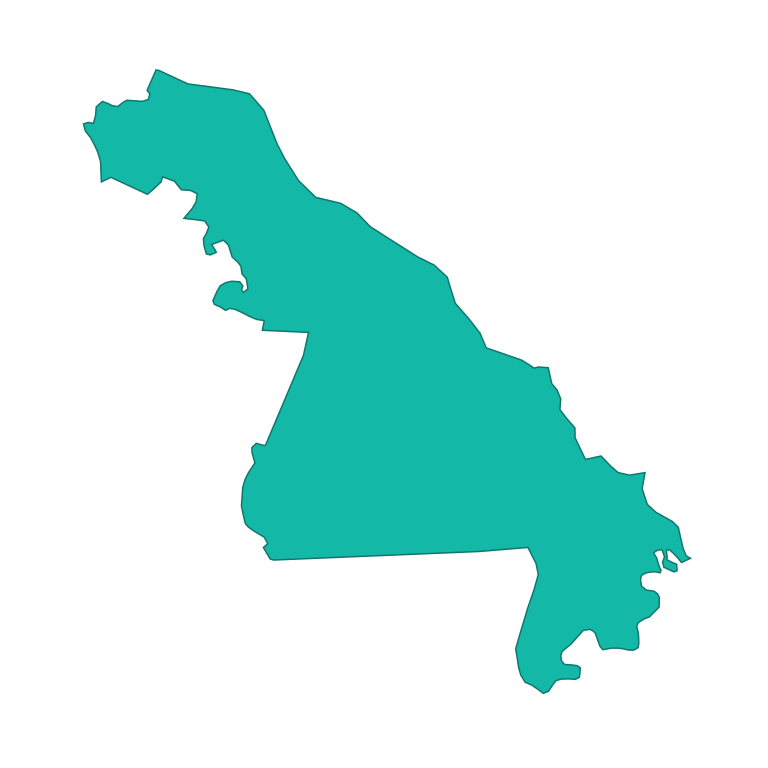 outline of Bandar Baharu, Kedah, Malaysia, rotated 274°
{"feature_id": "92858781B61544181659283", "entity_name": "Bandar Baharu", "entity_type": "district", "adm_level": 2, "iso_a3": "MYS", "parent_name": "Malaysia", "parent_adm1": "Kedah", "projection": "mercator", "projection_center": [100.601, 5.207], "detail": "fine", "context": "isolated", "style": "filled", "palette": "teal", "viewbox_px": 768, "rotation_deg": 274, "n_neighbors": 0, "source": "geoboundaries", "source_scale": "gbopen_adm2", "svg_char_len": 3004}
<svg xmlns="http://www.w3.org/2000/svg" viewBox="0 0 768 768"><g transform="rotate(274 384 384)"><path d="M681.5,134.7L662.4,127.9L660.1,127.3L657.2,130.2L651.4,129.0L649.1,123.2L649.1,107.6L646.8,104.2L642.2,99.0L642.8,93.2L644.5,89.2L646.2,83.4L640.4,77.6L631.8,77.6L623.7,75.9L624.3,70.7L622.5,66.1L615.6,68.4L609.3,74.1L601.8,78.8L595.4,82.2L586.2,85.7L565.9,88.0L571.1,97.2L556.7,134.8L562.5,140.6L570.0,147.5L575.2,148.6L571.7,160.8L563.6,168.3L563.6,177.5L560.8,184.4L552.7,183.9L545.7,180.4L535.3,172.9L534.8,184.4L534.2,193.7L528.4,198.3L522.6,196.6L516.3,193.7L509.4,194.8L501.3,197.7L500.7,201.8L503.6,207.5L506.5,205.8L511.1,202.3L516.3,213.9L511.7,219.1L500.1,223.7L495.5,229.5L491.5,233.0L483.9,234.7L479.3,239.3L469.5,241.6L465.5,237.6L467.8,235.3L471.8,236.4L475.9,233.0L475.9,228.9L475.9,224.9L474.1,219.1L470.7,213.9L464.9,211.0L455.1,207.5L451.6,209.3L449.3,215.6L446.4,220.8L448.7,224.9L448.1,230.1L445.8,236.4L441.8,245.7L439.5,252.6L438.9,260.1L429.1,258.9L430.2,305.1L407.1,301.7L314.2,269.9L314.7,266.5L315.9,260.7L311.3,256.6L306.1,257.2L296.3,260.7L285.9,254.9L278.9,252.0L270.8,250.3L261.0,250.3L252.4,250.3L242.0,253.2L235.0,255.5L231.6,258.9L227.5,265.9L222.9,275.1L216.6,279.2L212.5,275.1L201.5,282.6L200.7,286.2L223.6,490.9L231.0,539.0L215.5,548.2L204.7,551.2L190.0,548.2L170.4,543.0L149.3,538.2L129.0,533.8L121.6,535.6L110.1,538.2L103.1,540.8L96.4,545.6L93.9,552.3L90.2,558.9L89.7,559.6L86.5,564.5L89.1,569.6L95.7,573.3L100.1,576.3L102.0,581.5L102.7,588.9L102.7,595.5L104.9,599.2L107.9,599.6L114.6,599.6L116.4,596.6L116.8,592.2L116.8,587.7L116.8,583.7L119.7,580.7L125.3,579.2L129.7,580.4L137.8,588.9L152.0,599.8L153.6,606.1L152.7,609.0L150.6,611.8L146.1,613.9L137.5,617.7L134.2,620.8L135.2,624.6L136.4,629.6L136.8,635.2L136.6,640.4L135.7,646.4L135.9,651.6L138.7,655.8L142.7,656.3L147.7,655.8L153.2,655.1L160.0,653.0L163.8,654.4L167.8,659.8L170.2,665.0L180.6,674.0L190.1,673.6L193.6,671.7L196.0,668.1L196.4,664.8L196.7,660.1L200.2,655.1L205.7,653.7L209.5,653.7L211.6,654.9L213.9,658.7L215.1,663.4L215.6,667.9L214.9,672.6L217.5,673.3L221.0,671.4L224.8,669.8L229.6,668.1L234.1,664.8L235.5,666.0L237.6,669.1L237.8,673.1L231.0,675.9L225.8,674.3L220.8,675.9L218.9,680.7L216.8,686.3L218.2,689.4L224.6,688.5L225.8,684.7L228.4,678.5L231.7,678.5L235.5,677.6L238.3,677.6L238.3,680.7L235.0,684.9L231.0,689.2L226.7,693.2L231.5,701.9L233.5,697.6L240.7,693.9L252.4,690.3L261.5,687.6L266.9,681.3L275.0,664.2L282.2,655.1L297.6,648.8L313.8,650.6L310.2,635.3L312.0,623.6L318.3,615.4L327.3,605.5L322.8,590.2L343.6,578.4L353.5,577.5L361.6,569.4L370.6,561.3L381.5,561.3L390.5,556.8L395.9,551.4L411.7,546.7L411.7,536.7L410.3,532.7L417.3,520.0L427.2,483.4L441.3,476.3L454.0,465.0L469.5,449.5L483.6,443.9L494.9,439.7L506.2,425.6L513.2,408.6L531.5,374.8L540.0,359.3L552.7,345.2L561.2,328.3L565.4,302.9L580.9,284.6L602.0,269.1L616.1,260.6L648.6,245.1L664.1,229.6L666.9,212.7L668.3,190.1L669.7,167.5L673.9,156.3L681.0,137.9L681.5,134.7Z" fill="#14b8a6" stroke="#0f766e" stroke-width="1.5"/></g></svg>